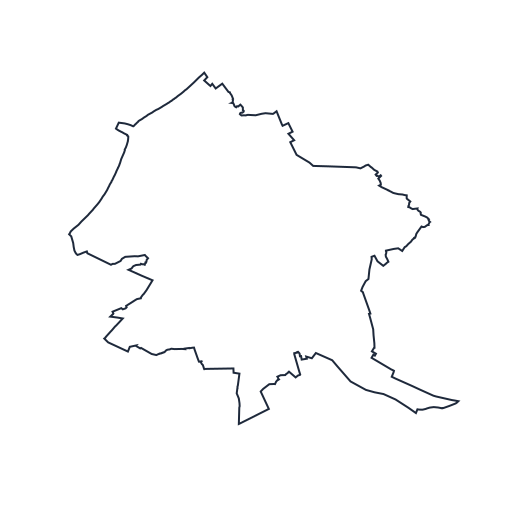 Rīga, Riga, Latvia, rotated 347°
{"feature_id": "27541924B69950658551149", "entity_name": "Rīga", "entity_type": "district", "adm_level": 2, "iso_a3": "LVA", "parent_name": "Latvia", "parent_adm1": "Riga", "projection": "mercator", "projection_center": [24.123, 56.972], "detail": "fine", "context": "isolated", "style": "outline", "palette": "slate", "viewbox_px": 512, "rotation_deg": 347, "n_neighbors": 0, "source": "geoboundaries", "source_scale": "gbopen_adm2", "svg_char_len": 6055}
<svg xmlns="http://www.w3.org/2000/svg" viewBox="0 0 512 512"><g transform="rotate(347 256 256)"><path d="M433.2,261.9L432.5,260.9L432.2,259.4L432.7,259.1L431.5,257.1L429.9,255.7L426.0,253.0L425.9,251.8L426.3,251.1L426.2,250.5L425.9,249.9L424.5,248.5L424.2,248.1L423.7,246.9L423.7,246.5L424.0,246.0L419.2,245.5L418.0,244.6L416.5,243.0L415.4,242.6L415.7,241.6L416.2,241.2L416.9,239.9L417.1,238.9L418.6,237.6L415.9,234.1L415.8,233.6L416.5,230.8L414.6,230.1L412.5,229.0L408.7,227.8L405.2,226.1L403.9,225.4L403.4,225.0L402.2,223.9L399.6,221.8L399.7,221.7L393.9,217.2L391.8,215.1L393.7,214.6L393.8,214.0L393.9,212.8L393.5,210.4L392.6,208.1L395.9,206.1L395.6,205.4L393.6,206.3L392.3,205.1L391.6,205.1L390.9,203.6L393.5,202.1L393.3,201.0L390.6,198.7L388.4,195.5L388.1,195.4L385.9,192.3L383.1,192.5L381.6,193.1L377.5,194.1L373.4,192.1L346.6,184.9L332.0,181.1L329.1,177.0L318.3,166.6L315.0,152.8L319.2,151.8L315.1,144.2L319.6,143.1L317.4,133.8L311.2,135.1L310.8,133.5L308.6,119.6L304.8,121.3L304.3,121.3L297.4,119.0L293.5,118.7L287.3,118.8L280.0,116.7L279.2,116.6L277.7,116.7L275.9,116.2L273.5,115.8L272.5,114.6L272.2,114.1L272.8,113.3L273.9,113.0L275.0,113.3L276.4,112.6L276.7,111.9L276.4,111.3L276.0,111.0L276.6,108.3L275.4,106.0L274.8,105.0L272.3,106.3L271.3,105.8L270.9,106.2L270.4,106.3L270.1,106.6L269.4,106.0L268.7,104.9L268.6,103.7L268.2,101.9L266.8,101.4L267.3,101.3L268.1,100.3L268.6,99.0L268.5,98.1L269.0,97.8L268.4,94.0L267.3,91.3L267.4,90.7L266.1,90.0L261.9,80.5L254.4,83.7L252.1,78.4L249.8,80.1L245.0,73.3L248.8,70.8L246.8,65.7L244.2,67.3L240.4,69.3L234.6,72.9L225.8,77.9L224.0,78.6L222.5,79.5L219.5,81.0L215.9,82.5L213.6,83.7L212.1,84.2L211.5,84.6L210.8,84.7L208.4,85.9L207.7,86.0L205.2,87.1L204.5,87.2L203.3,87.7L199.1,89.0L197.9,89.5L195.4,90.3L193.8,90.8L191.6,91.2L188.6,92.2L187.3,92.8L182.5,94.1L180.7,95.0L178.2,95.8L175.7,96.9L173.0,97.7L171.9,98.1L171.0,98.9L170.3,99.2L168.4,100.4L167.9,100.6L166.2,101.8L165.5,102.0L163.3,100.3L160.8,98.8L157.9,97.3L152.3,95.2L148.2,100.4L149.6,102.0L150.5,102.8L150.9,103.3L152.0,104.1L152.7,104.8L153.2,105.1L154.3,106.1L154.5,106.4L157.7,109.0L157.5,109.6L158.4,110.6L158.4,111.1L157.6,113.7L157.1,114.8L157.1,115.1L155.1,118.7L153.6,121.0L152.0,122.8L152.0,123.4L151.9,123.7L151.2,124.7L151.0,125.2L146.5,131.2L144.4,134.9L143.8,135.8L143.6,135.9L143.3,136.6L142.3,138.0L141.4,138.9L141.4,139.1L138.8,142.3L138.8,142.5L136.1,146.0L135.8,146.2L133.7,148.9L132.9,149.9L132.1,150.6L131.7,151.4L131.0,152.0L130.6,152.5L129.7,153.3L128.7,154.7L127.2,156.4L125.9,158.1L122.2,161.9L120.1,163.6L118.5,165.3L115.4,168.2L113.0,170.1L108.4,173.4L107.7,174.1L102.8,177.4L101.5,178.4L93.7,183.1L90.0,185.7L84.5,188.3L81.0,190.4L79.7,192.0L78.8,192.8L80.4,195.3L80.8,202.2L80.4,206.2L80.3,209.9L80.9,212.3L81.5,213.7L82.3,214.8L84.8,214.6L88.6,213.9L92.2,213.5L92.3,215.4L112.7,231.9L114.6,231.4L116.8,231.9L122.9,230.4L124.7,228.6L128.4,227.4L137.7,228.9L141.0,229.8L147.9,230.0L148.4,231.0L150.3,233.9L148.6,235.2L147.9,237.0L147.2,237.8L146.8,237.5L145.6,239.5L144.3,238.6L143.3,238.5L142.1,237.7L141.4,238.4L137.1,237.8L134.3,238.3L133.5,238.8L132.4,239.8L131.8,240.2L128.7,240.8L140.2,249.5L149.7,256.4L141.6,264.7L137.9,267.9L137.2,268.2L135.1,270.0L134.2,271.0L134.2,271.3L130.4,271.2L129.0,271.6L118.2,275.4L118.4,276.9L117.1,277.7L114.2,278.0L113.8,277.5L113.0,276.5L103.7,278.0L104.1,280.0L103.5,280.6L103.1,280.7L100.4,282.3L107.1,284.8L112.1,286.9L104.1,292.3L102.8,293.0L98.8,296.0L97.1,297.1L91.7,300.9L91.3,301.2L91.3,301.3L90.9,301.7L89.6,302.3L89.9,302.8L92.5,306.9L109.7,320.3L112.6,316.1L118.9,316.2L118.6,316.4L122.4,320.0L123.3,319.7L132.3,328.0L136.6,330.1L140.0,329.4L140.1,329.6L143.0,329.2L142.9,329.4L145.2,329.1L147.1,327.8L148.0,327.5L149.1,327.4L150.8,327.6L152.6,327.3L155.7,328.4L163.0,329.9L165.9,330.8L165.8,330.2L170.2,330.6L170.3,330.9L173.7,331.1L175.0,331.3L175.1,333.3L175.9,340.4L175.9,340.6L176.4,344.6L176.5,344.8L176.6,346.0L176.9,346.0L177.6,346.5L178.9,346.2L179.2,346.4L178.5,346.9L178.4,347.4L178.7,348.3L179.0,349.3L179.5,349.9L179.7,350.3L179.9,352.5L180.0,354.4L180.1,354.6L180.5,354.5L183.5,355.1L208.7,360.5L207.9,364.7L213.4,366.9L209.1,378.3L208.8,378.7L208.6,379.2L208.5,379.3L208.3,380.4L208.2,380.4L206.3,385.5L206.8,388.4L207.2,390.9L206.8,395.7L206.3,398.6L205.6,400.0L201.5,415.8L202.5,415.6L234.1,407.9L230.1,389.1L233.1,387.1L240.1,383.9L245.0,384.8L245.7,385.1L247.3,383.0L249.2,381.6L249.4,381.8L250.6,381.4L250.2,380.7L250.0,379.3L249.7,378.4L253.2,377.7L257.7,378.6L259.0,377.7L260.5,377.2L261.5,376.4L262.1,376.1L267.3,383.2L270.0,381.9L272.2,381.7L272.4,381.5L272.1,377.3L271.2,360.1L271.5,359.9L271.5,359.3L274.2,359.4L274.2,359.1L274.4,359.1L274.4,359.3L274.5,358.9L275.4,358.8L276.4,360.6L276.5,360.9L276.3,363.6L277.4,363.7L277.2,367.2L282.4,367.5L282.3,365.3L287.4,368.2L292.5,364.0L306.8,374.7L310.4,381.7L319.9,399.5L333.0,411.2L340.9,415.5L349.2,419.2L359.7,427.2L370.3,438.1L376.5,445.0L378.8,441.7L380.2,442.3L383.6,443.2L387.0,443.2L388.1,443.0L391.2,442.8L395.2,443.2L399.4,444.6L402.3,445.9L403.0,446.0L402.9,446.2L403.2,446.3L403.3,446.3L403.4,446.1L404.4,446.3L410.6,445.6L417.3,444.6L418.6,444.1L420.5,443.0L417.1,441.5L414.6,440.5L399.9,433.4L397.4,432.0L385.2,422.7L379.3,418.1L364.2,406.7L361.1,404.2L363.8,400.4L364.6,398.9L363.4,397.8L362.4,397.1L345.7,381.2L348.1,378.6L349.4,379.8L350.9,378.2L347.5,375.0L350.3,372.1L350.8,372.1L351.7,367.6L352.7,359.7L353.7,353.8L353.3,341.9L353.1,337.8L354.5,337.8L354.1,333.8L352.0,315.8L352.1,315.5L350.6,313.5L352.9,310.1L357.2,305.2L360.4,303.7L363.5,294.6L368.0,285.3L368.4,282.8L371.5,282.4L373.2,288.5L377.8,294.2L380.8,292.8L381.9,292.1L383.7,291.4L383.2,288.7L382.8,287.2L382.4,285.9L382.6,283.9L383.2,283.2L383.7,282.0L383.9,281.4L383.7,280.5L383.8,280.0L391.9,280.1L396.3,280.5L399.6,284.0L402.9,280.8L404.6,280.3L407.0,278.6L410.2,276.9L412.0,275.3L413.2,274.7L414.6,274.2L414.4,273.8L415.7,273.3L417.2,270.5L418.4,269.3L423.9,264.5L425.2,265.4L427.0,265.6L429.9,264.4L431.1,264.6L431.1,264.0L432.9,262.0L433.2,261.9Z" fill="none" stroke="#1e293b" stroke-width="2"/></g></svg>